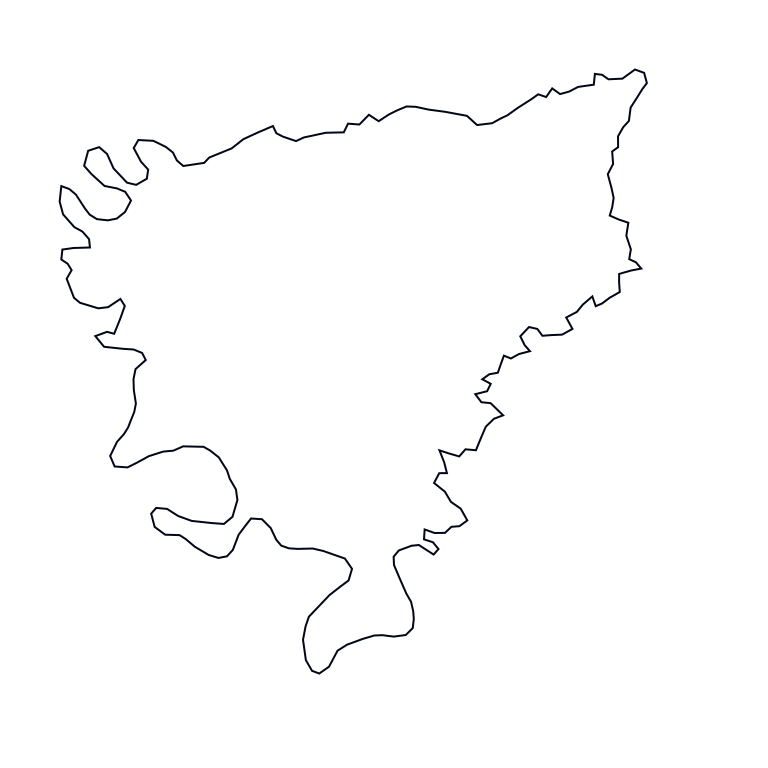 Verê, Paraná, Brazil, rotated 172°
{"feature_id": "56859067B42853932915842", "entity_name": "Verê", "entity_type": "district", "adm_level": 2, "iso_a3": "BRA", "parent_name": "Brazil", "parent_adm1": "Paraná", "projection": "albers", "projection_center": [-52.953, -25.848], "detail": "fine", "context": "isolated", "style": "outline", "palette": "ink", "viewbox_px": 768, "rotation_deg": 172, "n_neighbors": 0, "source": "geoboundaries", "source_scale": "gbopen_adm2", "svg_char_len": 3317}
<svg xmlns="http://www.w3.org/2000/svg" viewBox="0 0 768 768"><g transform="rotate(172 384 384)"><path d="M113.2,462.5L117.6,469.5L123.8,473.5L120.8,483.0L123.4,497.1L119.6,509.7L128.8,514.3L137.0,519.4L133.4,527.3L130.7,536.2L131.4,546.2L133.2,560.6L126.5,570.0L125.7,582.5L119.2,585.9L117.8,596.7L111.4,605.0L104.9,610.4L101.3,623.4L93.3,632.7L87.2,640.0L81.8,645.4L83.1,655.9L91.7,660.5L105.4,653.2L119.3,654.5L125.1,659.9L132.0,661.7L134.6,651.2L150.4,651.2L160.0,647.8L169.3,646.6L176.3,653.3L183.5,645.6L191.0,649.4L198.3,645.6L212.9,638.9L224.4,632.9L231.2,630.8L240.6,627.2L255.8,627.5L264.5,638.0L285.8,645.1L301.6,649.5L314.1,654.1L323.1,655.7L333.0,653.1L341.4,650.3L352.7,645.0L361.5,652.7L372.2,644.4L383.4,646.8L388.8,638.8L406.8,640.9L429.0,639.3L437.3,636.8L449.8,643.1L455.7,647.3L458.1,654.9L474.0,650.6L489.2,646.0L502.1,638.5L525.5,632.6L531.3,628.0L552.4,627.8L558.0,634.2L560.8,642.6L566.9,649.0L578.5,656.9L593.3,659.8L599.0,652.5L593.7,638.0L587.7,629.1L590.3,620.3L601.7,615.7L610.4,619.1L621.8,635.1L626.2,650.3L633.1,658.2L644.5,656.1L650.6,641.8L644.5,632.6L633.2,619.0L621.3,614.9L613.5,610.3L609.0,600.9L616.5,590.4L625.6,585.0L634.7,584.5L645.3,587.2L651.8,592.6L655.5,599.0L662.7,614.4L668.4,620.8L676.0,624.9L679.8,609.8L678.2,596.7L668.8,582.4L661.5,577.0L655.9,568.5L656.2,560.1L672.5,561.9L683.8,561.9L686.2,552.2L680.5,547.1L677.5,540.2L683.6,532.4L679.0,512.5L673.7,506.7L656.4,498.7L646.5,498.5L633.2,504.9L629.8,497.4L635.8,485.9L644.2,471.3L651.0,474.2L663.2,471.6L656.0,459.8L637.7,455.2L627.1,453.0L619.2,448.4L616.6,440.9L628.0,433.3L631.4,423.6L632.6,412.6L632.4,399.2L635.2,391.1L639.7,383.3L643.5,376.5L648.5,370.6L656.4,363.9L665.2,350.8L662.2,339.8L649.6,337.1L640.1,340.3L626.8,345.3L612.1,347.8L601.9,347.3L591.5,350.2L571.4,346.9L565.4,342.3L557.8,334.3L551.5,320.3L549.9,311.5L545.3,300.2L545.3,289.6L552.5,273.6L562.0,267.7L574.1,270.3L593.5,275.2L606.3,282.0L616.2,290.5L626.9,293.0L632.6,288.0L631.0,274.4L621.6,265.2L607.5,262.8L601.9,258.0L593.9,249.1L581.4,239.1L572.2,234.8L563.5,235.2L556.8,240.7L548.9,255.0L540.4,263.5L534.4,269.3L523.7,267.1L516.2,257.1L512.4,244.8L508.2,238.2L501.0,234.5L492.3,232.7L477.5,231.0L467.6,227.2L447.0,216.6L441.4,205.4L446.4,194.4L454.3,190.1L467.3,182.6L490.8,164.0L495.4,154.9L499.8,142.0L499.8,121.4L495.2,110.0L488.4,106.3L477.8,111.7L467.1,126.4L456.9,131.0L440.7,134.5L428.6,136.3L420.6,135.5L409.5,132.5L397.4,132.4L389.5,138.3L387.2,147.1L386.7,154.8L387.5,164.5L391.0,173.2L395.6,189.6L399.3,203.3L398.5,211.6L392.5,217.1L379.2,220.0L371.9,219.7L358.6,208.2L353.0,213.0L357.6,220.5L366.0,224.6L364.0,234.3L354.6,229.4L344.3,228.1L337.1,233.2L329.1,232.7L320.5,237.3L325.4,249.9L334.1,257.9L338.7,268.9L348.2,279.0L341.7,288.0L334.1,287.0L335.3,298.0L338.3,310.6L329.8,306.4L319.6,301.8L312.4,308.0L302.2,305.6L295.0,317.9L289.1,327.6L279.9,334.3L270.4,336.4L281.1,350.2L290.1,352.4L295.0,361.2L282.9,362.5L278.3,369.3L286.0,375.0L278.3,379.0L269.7,379.3L265.4,387.7L261.3,395.4L254.8,391.6L246.1,394.9L234.9,396.2L239.3,402.9L242.4,412.3L232.5,420.2L224.5,417.2L220.4,409.7L212.1,409.2L200.8,408.1L189.7,412.3L194.3,424.5L182.9,428.6L176.0,435.0L165.5,441.7L163.5,431.6L156.8,433.4L148.5,438.0L137.7,442.3L137.0,452.3L135.8,460.3L123.4,462.0L113.2,462.5Z" fill="none" stroke="#020617" stroke-width="2"/></g></svg>